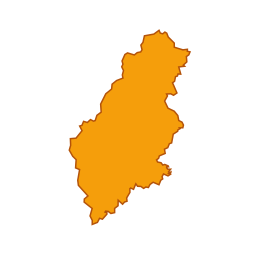 Buritizeiro, Minas Gerais, Brazil, rotated 195°
{"feature_id": "56859067B33679027231632", "entity_name": "Buritizeiro", "entity_type": "district", "adm_level": 2, "iso_a3": "BRA", "parent_name": "Brazil", "parent_adm1": "Minas Gerais", "projection": "albers", "projection_center": [-45.225, -17.281], "detail": "medium", "context": "isolated", "style": "filled", "palette": "amber", "viewbox_px": 256, "rotation_deg": 195, "n_neighbors": 0, "source": "geoboundaries", "source_scale": "gbopen_adm2", "svg_char_len": 1841}
<svg xmlns="http://www.w3.org/2000/svg" viewBox="0 0 256 256"><g transform="rotate(195 128 128)"><path d="M75.1,94.2L76.8,94.6L75.1,95.7L75.2,96.6L76.2,95.6L77.5,96.1L76.2,99.2L78.9,98.5L80.4,99.6L80.6,100.5L78.8,101.0L79.4,101.8L83.1,102.3L84.8,101.2L87.1,103.0L90.6,102.8L92.2,104.6L90.6,106.6L90.5,109.2L85.5,113.1L87.3,117.0L84.5,119.3L84.0,123.5L82.0,124.9L82.7,133.8L79.2,137.7L79.3,139.2L77.6,140.8L78.4,141.5L75.1,142.4L75.2,145.2L77.3,147.6L80.9,148.4L83.1,152.9L87.7,156.2L94.5,157.5L99.6,163.5L98.2,169.2L99.6,170.8L95.5,172.1L92.5,171.4L89.8,174.5L96.7,183.2L95.1,185.2L95.4,189.9L93.7,191.0L93.7,193.1L91.0,193.7L94.8,200.1L89.3,202.3L90.8,203.1L88.3,207.1L90.1,212.1L88.2,214.4L87.8,217.6L90.6,217.5L91.0,219.4L95.2,217.7L104.2,218.0L105.3,222.0L112.7,226.3L115.1,229.6L117.2,230.2L118.8,228.0L121.4,228.0L123.3,230.4L127.3,225.4L136.0,221.3L135.7,214.6L137.0,211.4L134.7,207.2L135.4,204.8L138.6,203.2L140.8,200.2L147.9,200.4L150.0,198.2L151.1,191.2L149.4,188.3L149.9,185.5L147.2,182.3L147.2,177.8L145.8,174.9L151.3,170.9L154.7,166.2L153.9,161.4L158.3,155.3L160.6,144.0L158.0,136.4L161.3,132.2L161.6,126.7L163.1,125.7L166.4,126.4L168.7,122.8L172.6,122.9L173.2,118.6L175.2,117.4L171.7,113.5L175.6,104.7L180.9,102.8L178.9,96.4L179.0,91.4L174.1,86.4L169.9,84.0L168.3,75.9L164.0,75.3L163.0,64.5L161.1,59.8L149.1,52.0L151.8,48.1L151.2,45.1L141.8,41.0L141.9,33.2L138.6,29.5L137.6,25.6L133.1,28.9L132.1,33.4L129.1,33.3L126.1,39.3L126.5,40.7L128.4,40.8L128.1,41.9L125.5,42.3L122.4,41.0L119.0,42.8L120.1,46.9L117.5,50.3L118.8,55.7L113.5,53.0L112.2,55.6L110.0,57.0L111.2,60.1L109.5,66.3L110.5,69.9L109.9,70.7L106.8,70.2L106.0,76.1L103.7,74.2L100.4,74.9L97.3,73.7L95.5,75.6L92.9,75.8L92.1,79.2L89.7,82.1L83.4,81.2L82.8,86.1L81.3,87.8L82.5,89.8L81.8,92.8L77.0,92.1L75.1,94.2Z" fill="#f59e0b" stroke="#b45309" stroke-width="1.5"/></g></svg>